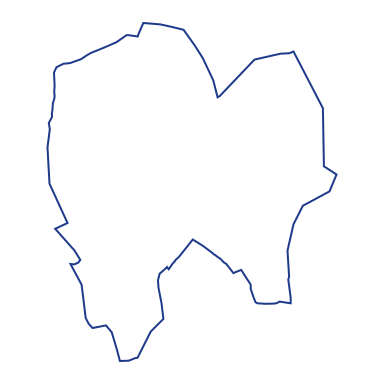 outline of Gwandu, Kebbi, Nigeria
{"feature_id": "59680162B64610537243626", "entity_name": "Gwandu", "entity_type": "district", "adm_level": 2, "iso_a3": "NGA", "parent_name": "Nigeria", "parent_adm1": "Kebbi", "projection": "natural_earth1", "projection_center": [4.613, 12.485], "detail": "fine", "context": "isolated", "style": "outline", "palette": "blue", "viewbox_px": 384, "rotation_deg": 0, "n_neighbors": 0, "source": "geoboundaries", "source_scale": "gbopen_adm2", "svg_char_len": 1538}
<svg xmlns="http://www.w3.org/2000/svg" viewBox="0 0 384 384"><path d="M70.5,264.0L81.6,284.7L85.7,318.0L88.6,323.6L92.5,328.0L106.0,325.4L111.7,332.2L116.9,349.5L119.9,361.0L128.7,360.7L135.0,358.2L137.6,357.7L150.7,331.6L163.4,318.9L161.5,303.2L158.5,287.7L158.0,280.1L159.7,273.6L162.4,271.3L166.0,268.1L167.0,267.0L168.7,269.3L172.4,263.9L174.3,261.8L175.2,260.7L175.6,259.9L178.7,257.2L192.8,239.5L203.5,246.3L211.9,252.6L213.8,254.3L215.2,255.1L216.6,256.1L217.2,256.7L218.4,257.5L220.1,258.6L221.1,259.5L223.3,261.9L225.0,263.2L226.2,263.8L233.4,273.1L236.2,271.9L241.2,269.9L248.0,280.5L249.3,282.4L250.6,284.7L250.8,286.3L250.8,286.6L250.6,288.6L253.4,296.8L254.0,298.4L255.5,302.2L257.0,303.1L257.5,303.3L265.6,303.8L274.0,303.6L276.6,303.2L279.6,301.6L290.7,303.3L290.7,298.0L290.0,292.6L288.3,279.6L289.1,276.6L287.5,250.6L290.8,236.1L293.5,224.2L294.4,222.5L302.9,205.7L312.6,200.5L329.6,191.3L336.5,174.5L323.9,166.3L323.1,119.0L322.9,108.2L321.8,106.1L293.5,51.5L289.6,53.2L280.6,53.7L272.9,55.4L254.5,59.6L219.7,96.1L217.6,97.3L213.2,80.2L202.9,58.3L194.9,45.7L183.6,29.8L171.0,26.7L160.3,24.4L143.3,23.0L138.7,33.6L137.7,36.5L128.3,35.1L126.3,35.3L116.6,42.1L107.1,46.3L97.3,50.4L91.2,52.8L87.0,55.2L81.0,59.2L70.0,63.1L63.3,63.8L56.5,67.2L54.0,72.6L54.6,85.5L54.2,92.1L54.5,94.2L54.5,97.9L52.9,103.3L52.4,110.1L51.8,113.7L52.1,116.8L48.8,123.0L49.8,129.1L48.2,141.9L47.5,147.5L49.5,183.7L67.5,223.0L55.2,228.8L74.4,250.4L80.3,259.9L78.3,262.6L74.3,264.4L70.5,264.0Z" fill="none" stroke="#1e3a8a" stroke-width="2"/></svg>